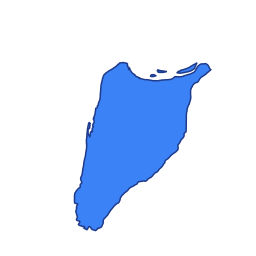 outline of Cidade Da Beira, Sofala, Mozambique, rotated 138°
{"feature_id": "85939544B78683919401949", "entity_name": "Cidade Da Beira", "entity_type": "district", "adm_level": 2, "iso_a3": "MOZ", "parent_name": "Mozambique", "parent_adm1": "Sofala", "projection": "albers", "projection_center": [34.842, -19.735], "detail": "fine", "context": "isolated", "style": "filled", "palette": "blue", "viewbox_px": 256, "rotation_deg": 138, "n_neighbors": 0, "source": "geoboundaries", "source_scale": "gbopen_adm2", "svg_char_len": 5703}
<svg xmlns="http://www.w3.org/2000/svg" viewBox="0 0 256 256"><g transform="rotate(138 128 128)"><path d="M224.2,97.8L224.5,96.8L225.2,95.8L226.4,95.0L227.3,94.7L227.8,94.1L227.7,93.3L226.4,91.2L226.7,90.3L228.9,89.7L229.3,89.6L229.4,89.3L229.4,88.6L229.3,88.2L228.1,86.2L227.9,85.5L227.7,85.2L227.1,84.9L226.9,84.5L226.6,84.3L226.5,83.9L226.5,83.6L226.8,83.0L226.9,82.8L227.7,83.0L227.3,81.5L227.0,81.1L226.7,80.1L226.3,79.9L225.3,80.1L223.8,80.8L223.1,80.8L222.5,80.4L222.4,79.7L222.6,77.6L222.5,76.5L221.4,74.4L221.2,74.2L220.7,73.5L219.3,73.3L218.9,73.3L218.6,73.5L217.9,73.7L217.6,73.7L217.3,73.5L217.1,73.2L214.7,72.3L213.7,72.3L212.0,73.1L211.2,73.4L210.5,73.7L209.3,74.6L209.0,75.1L208.8,75.3L208.4,75.8L206.8,76.5L201.6,76.9L200.5,77.2L198.3,77.9L196.9,78.2L196.3,78.4L190.5,79.3L186.9,79.3L185.1,78.7L184.5,78.8L182.6,79.6L180.6,81.0L180.0,81.2L178.6,81.7L177.7,81.9L175.7,81.9L174.6,82.1L171.0,81.8L169.4,81.9L167.9,82.2L166.4,82.2L165.2,82.0L163.2,81.3L162.0,81.2L158.6,80.4L158.3,80.6L156.6,81.0L155.7,80.7L152.6,78.6L151.9,78.3L151.6,78.0L151.0,77.1L150.7,77.0L150.5,76.7L149.1,76.4L148.8,76.5L146.7,76.7L145.6,76.5L144.7,76.1L143.8,76.0L141.9,76.0L141.3,76.2L138.8,76.5L137.5,76.4L136.6,76.1L135.3,75.9L134.3,76.0L132.1,76.5L129.0,76.5L127.2,76.8L125.9,77.4L124.8,77.4L124.1,77.5L122.7,78.5L121.7,78.9L119.2,78.5L117.9,78.5L116.3,78.7L113.3,78.9L108.3,78.3L106.2,78.4L105.6,78.5L104.3,79.3L104.2,79.6L103.9,79.9L103.2,80.7L102.6,81.7L102.3,82.0L99.8,82.4L98.2,82.9L96.6,83.7L94.3,83.8L92.5,84.2L91.8,84.5L91.6,84.8L91.3,84.9L90.5,85.9L89.9,86.4L88.1,86.5L87.6,86.3L86.4,87.3L74.9,99.7L72.5,101.4L71.3,102.6L68.3,104.3L66.6,104.8L63.5,106.8L63.1,106.9L61.9,107.9L61.4,108.1L60.8,109.0L60.4,109.2L59.8,110.1L59.5,110.4L59.3,110.7L58.7,111.5L58.2,112.1L57.8,112.3L57.4,113.0L57.1,113.3L56.9,113.6L56.6,113.8L56.3,114.1L55.1,114.8L54.5,115.2L50.9,116.5L49.5,116.7L48.6,116.6L47.2,116.3L45.6,115.5L43.9,115.8L41.6,116.6L40.0,116.8L34.9,116.0L27.5,115.9L27.6,116.6L27.3,118.2L26.6,120.5L26.6,121.4L26.9,123.0L27.1,123.6L27.6,124.2L28.7,124.9L30.6,126.5L31.6,127.0L34.5,127.2L35.6,127.0L37.3,126.3L40.3,125.4L41.0,125.3L41.8,125.3L45.7,126.5L51.0,129.1L51.6,129.4L52.6,129.5L53.1,129.9L55.3,131.4L56.3,132.2L56.4,132.5L56.6,132.6L57.1,133.2L58.9,134.8L60.6,134.7L63.3,135.3L66.5,137.5L67.2,138.2L70.1,140.4L70.7,141.0L71.5,141.4L72.9,142.4L73.6,142.5L73.9,142.7L76.9,145.7L77.8,146.4L80.3,149.8L80.8,150.3L81.6,151.3L82.5,152.0L83.7,153.4L84.4,154.6L85.1,155.5L85.6,156.5L86.1,157.1L86.9,157.4L86.1,157.5L85.9,157.7L86.4,158.3L86.6,159.3L86.8,159.3L87.0,159.5L87.1,160.3L87.5,161.2L87.7,162.1L87.7,162.7L87.3,162.9L87.3,163.1L87.6,163.7L87.6,164.3L87.9,165.0L88.1,166.6L87.6,169.1L87.4,170.4L87.5,170.6L88.2,170.8L88.4,171.2L88.2,171.4L87.9,171.5L87.6,171.4L87.5,171.2L87.2,171.3L87.0,170.9L86.8,171.1L86.9,171.6L86.8,172.8L87.0,173.1L87.2,173.4L87.3,173.8L86.3,174.9L85.9,175.9L85.5,176.1L85.5,176.4L85.8,177.4L87.0,178.5L87.4,179.4L87.6,179.8L89.4,180.9L89.7,181.3L90.7,181.9L91.4,181.9L92.8,181.6L93.0,181.7L93.0,181.9L94.8,181.8L95.2,181.9L95.5,181.8L96.4,181.9L97.5,182.0L98.2,182.2L100.0,182.3L100.5,182.5L100.7,182.4L103.3,183.1L107.8,183.7L110.5,183.5L111.6,183.0L111.9,182.9L112.3,182.5L113.3,182.1L119.3,177.9L124.2,173.3L126.8,170.8L127.8,169.7L130.3,167.7L133.9,165.9L134.6,165.0L135.8,165.0L136.2,164.8L136.4,164.4L136.9,164.1L137.4,163.8L138.2,163.9L138.7,164.2L139.3,163.9L139.9,163.2L143.4,160.3L144.6,159.6L145.4,159.3L146.0,158.8L146.8,158.5L147.4,158.1L147.0,157.9L147.7,157.4L149.0,155.1L149.3,154.9L150.9,154.4L152.0,154.0L153.2,152.5L153.0,152.2L153.4,152.1L153.8,151.8L155.0,151.5L155.6,150.7L156.9,150.0L156.8,149.3L157.2,149.4L157.3,149.3L158.2,150.0L158.6,150.0L159.8,149.1L160.1,148.6L161.0,148.0L161.5,147.4L162.2,147.2L161.4,150.6L159.4,152.8L159.1,153.2L158.4,153.5L156.6,153.7L156.0,154.0L155.5,154.6L154.8,155.1L153.7,156.3L153.0,156.7L153.0,156.9L153.7,157.2L153.6,157.5L153.3,157.6L153.2,157.9L153.4,158.0L154.1,157.8L155.5,156.8L159.0,154.2L161.3,152.0L162.8,150.8L163.7,149.7L164.0,149.5L164.1,149.2L164.4,149.1L164.6,148.8L167.0,146.9L167.2,146.5L167.5,146.4L167.6,146.0L167.9,145.8L168.1,145.5L168.8,144.8L168.9,144.4L169.3,144.2L169.8,143.5L169.9,143.2L172.5,140.5L172.9,140.3L173.1,139.9L173.7,139.6L173.9,139.3L174.2,139.2L174.3,138.9L174.7,138.8L175.9,137.9L177.6,136.3L178.7,135.6L178.9,135.3L179.9,134.6L180.3,134.5L180.5,134.3L181.2,133.9L181.7,133.4L182.0,133.3L182.2,133.0L183.5,132.2L186.4,129.6L189.6,127.3L190.6,126.3L191.2,125.9L192.1,125.0L194.0,123.7L195.3,123.2L196.6,122.5L197.5,121.6L197.8,120.9L198.6,118.8L198.6,118.5L199.5,118.1L200.6,118.1L201.8,117.6L202.8,116.3L203.1,116.0L205.0,116.2L206.9,116.1L208.6,115.8L210.2,115.3L210.5,115.3L211.7,114.7L213.7,112.9L213.8,112.5L214.1,112.3L215.9,110.4L217.8,108.1L217.7,107.5L217.4,106.9L216.5,106.0L216.3,105.4L216.3,105.1L216.9,104.8L217.6,104.7L219.1,103.8L219.3,103.4L219.6,103.3L220.7,102.0L222.2,101.3L222.9,100.4L223.4,99.2L223.9,98.4L224.0,98.0L224.2,97.8ZM50.9,135.7L51.1,135.5L51.7,135.6L52.1,135.9L52.7,136.4L53.5,136.3L54.4,136.3L54.5,136.1L54.0,135.4L52.5,133.8L49.5,131.8L47.8,130.9L45.6,129.5L44.0,128.8L42.2,128.1L39.6,127.8L38.5,127.8L37.9,128.1L36.9,128.8L33.8,130.0L33.0,130.2L36.3,130.9L38.0,131.4L41.7,132.0L43.7,132.6L46.9,133.9L48.8,134.8L49.8,135.5L50.9,135.7ZM66.9,151.2L67.3,151.2L67.5,151.0L67.8,150.9L67.1,149.9L67.8,150.0L68.2,149.7L67.9,148.9L67.5,148.3L65.9,146.9L65.1,146.1L62.2,144.4L61.3,144.0L62.6,145.4L63.0,146.0L64.9,148.2L65.8,149.3L66.9,151.2ZM72.5,148.2L72.3,148.3L72.9,149.8L73.2,150.4L74.1,151.2L75.2,151.9L75.6,151.7L76.0,151.7L76.5,151.5L76.6,151.2L75.8,150.2L74.9,149.4L72.5,148.2Z" fill="#3b82f6" stroke="#1e3a8a" stroke-width="1.5"/></g></svg>